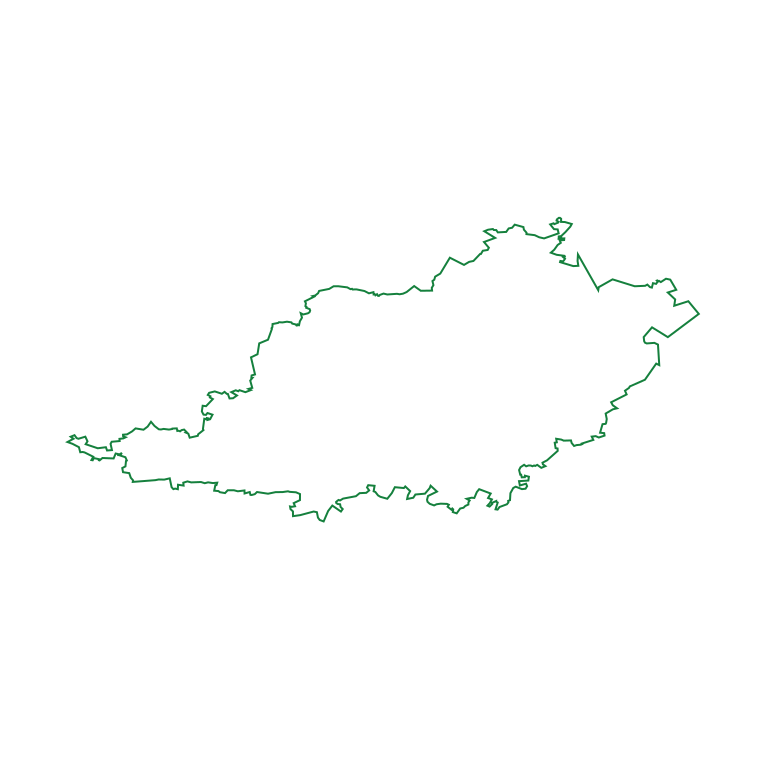 San Carlos, Córdoba, Colombia (Equal Earth projection), rotated 82°
{"feature_id": "7082276B45851614752586", "entity_name": "San Carlos", "entity_type": "district", "adm_level": 2, "iso_a3": "COL", "parent_name": "Colombia", "parent_adm1": "Córdoba", "projection": "equal_earth", "projection_center": [-75.703, 8.685], "detail": "fine", "context": "isolated", "style": "outline", "palette": "green", "viewbox_px": 768, "rotation_deg": 82, "n_neighbors": 0, "source": "geoboundaries", "source_scale": "gbopen_adm2", "svg_char_len": 6150}
<svg xmlns="http://www.w3.org/2000/svg" viewBox="0 0 768 768"><g transform="rotate(82 384 384)"><path d="M409.3,694.3L409.4,691.8L410.1,690.0L415.6,682.0L418.6,684.3L419.0,683.1L417.0,681.6L418.9,676.4L419.8,676.9L420.1,676.3L418.1,673.1L420.1,662.1L415.5,659.4L416.3,657.2L418.2,657.2L417.3,656.9L415.8,653.2L418.1,655.2L420.5,650.3L424.0,649.3L424.3,650.2L429.6,651.5L430.8,654.9L435.0,654.7L436.8,648.7L441.6,647.8L444.5,645.9L446.0,646.4L447.4,623.8L447.2,620.4L448.1,614.9L447.6,609.3L456.6,608.7L458.8,607.2L458.5,605.4L459.5,602.8L455.1,602.0L456.7,596.6L453.8,596.5L453.1,592.2L454.6,588.6L455.6,578.9L457.3,575.3L456.9,571.9L458.3,567.2L458.5,562.9L460.8,564.0L460.7,565.1L466.0,567.0L467.0,562.8L468.3,561.6L469.9,556.6L467.5,553.6L468.3,547.5L469.9,543.7L470.0,537.0L473.0,537.3L472.3,532.0L475.2,531.7L475.5,530.5L475.1,527.3L473.3,524.8L476.5,514.1L476.0,506.4L476.9,499.5L476.9,494.0L477.7,492.3L479.0,486.2L481.3,482.5L487.3,483.4L489.4,490.0L492.7,489.1L492.8,492.4L492.2,494.1L494.9,494.0L497.5,491.9L502.2,492.5L502.2,485.3L500.5,471.4L501.6,468.3L507.1,468.0L509.7,466.6L511.7,462.9L502.0,457.0L497.2,452.1L504.3,444.4L502.1,442.3L499.7,444.1L497.0,444.2L496.4,446.5L495.3,447.8L494.2,447.9L493.1,446.3L492.5,445.1L493.2,443.7L491.8,440.5L491.2,427.4L488.7,423.3L489.3,416.7L487.3,413.5L484.1,415.2L482.0,413.7L483.5,407.5L488.8,409.2L489.7,407.6L493.5,405.4L495.2,403.3L498.1,396.7L493.1,391.4L487.7,387.6L489.8,378.8L488.4,377.2L493.7,373.0L497.5,375.8L501.1,377.1L500.7,370.8L497.8,368.3L498.3,358.7L493.5,353.3L491.2,352.0L497.9,346.5L501.0,356.0L504.6,357.5L506.7,357.3L509.0,355.4L511.2,351.3L510.4,348.7L510.4,344.5L511.5,338.3L512.6,336.6L514.4,338.1L517.9,334.7L516.8,333.7L517.8,332.9L520.4,333.7L522.2,330.0L517.9,325.9L517.6,322.5L516.1,320.5L515.1,317.2L513.0,316.9L511.3,315.4L509.2,318.1L508.8,313.1L509.4,310.4L503.9,307.1L501.4,304.4L507.3,293.6L511.4,296.8L513.3,293.2L516.7,295.8L518.9,298.5L520.1,296.5L517.9,293.5L516.8,293.7L515.5,289.2L516.1,289.3L517.2,287.9L523.6,291.0L524.2,289.0L521.9,286.7L520.2,279.0L518.6,277.3L517.0,277.3L516.6,275.4L509.7,274.0L505.0,270.5L504.0,267.9L507.3,262.0L507.4,258.4L505.1,256.5L502.5,257.2L503.4,263.6L499.0,263.8L499.7,254.5L496.0,253.4L494.4,257.2L495.9,257.5L495.6,260.6L492.9,260.8L492.8,261.7L488.0,262.2L485.4,260.4L483.5,256.5L485.3,254.7L484.8,252.1L485.2,249.9L486.1,248.5L485.6,246.7L486.2,245.7L485.4,243.5L488.9,239.9L487.8,235.6L485.7,237.8L484.0,238.0L482.3,233.2L474.4,221.3L472.0,221.1L471.4,223.0L465.9,223.1L465.8,221.0L462.2,221.1L463.7,216.2L465.1,213.9L465.9,206.7L468.5,206.4L471.8,204.4L471.3,201.8L471.5,197.6L471.1,196.1L470.5,196.4L468.5,184.5L465.0,185.6L465.1,181.6L466.9,178.7L465.8,172.8L463.3,172.8L462.3,176.8L454.2,173.2L454.3,170.1L453.5,169.5L449.7,168.3L444.1,168.6L440.9,160.8L440.5,156.6L436.9,160.4L433.7,161.6L428.1,145.2L424.2,146.3L422.0,142.0L420.6,140.9L416.1,125.0L401.7,111.6L403.6,108.8L383.1,107.2L380.9,110.5L380.4,118.2L379.4,119.8L377.9,120.4L373.7,120.3L365.2,110.7L377.1,96.4L358.4,62.5L344.4,71.1L346.9,85.7L340.8,83.9L332.9,90.2L331.4,81.5L320.5,86.0L319.0,90.1L321.6,95.7L320.2,97.3L320.6,98.1L319.5,98.9L319.6,99.4L320.7,98.7L322.7,100.6L321.6,103.6L325.8,105.3L325.1,107.1L322.2,109.4L323.1,111.7L322.1,122.1L312.2,143.1L318.0,157.9L320.9,158.8L282.7,173.9L289.2,175.2L294.0,175.1L293.6,180.1L287.8,192.7L286.7,192.2L287.5,189.7L286.5,188.5L285.1,187.3L283.3,188.9L282.9,187.2L282.2,187.4L280.1,195.0L277.2,200.5L274.7,196.7L270.5,192.7L268.8,189.3L266.2,190.0L266.5,185.6L264.9,185.2L264.4,190.9L263.7,190.7L263.9,188.1L263.0,188.0L262.9,190.5L262.2,190.4L262.2,188.0L258.8,183.2L254.1,177.6L251.7,175.8L248.8,182.3L248.1,186.1L245.0,185.6L244.0,186.6L243.8,187.7L245.1,189.9L246.2,190.4L247.7,188.5L248.4,189.1L249.4,193.1L248.5,193.7L249.1,197.2L254.3,194.1L255.1,190.5L259.1,190.1L262.1,205.2L260.3,209.9L257.6,214.0L255.4,222.1L254.0,221.8L250.6,224.0L248.0,224.1L244.4,232.4L247.1,235.4L247.3,238.9L250.4,241.8L249.7,250.2L247.2,251.4L246.8,253.8L245.7,254.6L245.7,259.5L246.7,263.4L254.8,253.6L257.3,265.2L263.7,261.2L265.7,262.7L265.8,267.6L268.7,269.9L268.6,270.7L274.6,278.3L274.9,282.7L277.2,288.2L268.1,301.2L282.5,312.9L284.8,318.4L287.7,319.7L288.8,321.7L293.0,321.3L295.4,323.3L298.2,323.4L296.8,334.6L291.2,340.5L296.1,348.8L297.2,352.6L297.3,356.1L296.5,358.6L295.8,368.3L294.4,371.9L295.2,375.7L296.1,376.8L295.8,377.7L294.1,378.4L295.0,380.2L293.6,380.8L293.8,381.8L291.6,381.7L292.1,386.3L289.2,390.4L286.5,398.0L286.0,402.0L285.3,402.4L285.4,404.0L283.2,406.9L280.8,415.8L280.2,420.3L282.2,425.0L282.8,435.3L284.9,436.6L286.8,439.8L287.0,442.2L287.8,441.1L291.1,450.8L293.2,450.1L296.0,451.0L297.0,450.0L297.7,450.4L299.5,447.2L301.0,446.9L302.6,447.8L303.4,449.5L303.9,454.3L302.3,456.6L306.9,456.0L310.2,458.6L313.8,459.9L312.8,461.5L313.1,462.1L313.9,461.8L313.9,462.5L312.7,463.2L311.4,466.5L310.1,467.1L308.8,471.4L308.9,476.0L308.2,479.4L308.8,480.4L309.1,486.0L312.1,486.6L313.1,487.6L313.8,487.3L324.0,492.7L326.4,501.9L336.9,505.1L339.1,512.0L356.6,510.4L357.1,513.9L359.8,514.6L359.8,513.6L362.0,516.0L369.5,515.0L370.0,518.8L371.5,516.7L372.8,522.4L370.0,528.0L370.9,529.3L369.6,531.7L370.8,536.3L374.9,531.2L377.1,535.5L376.8,539.0L372.1,540.0L371.9,541.0L369.6,543.0L371.1,545.9L367.8,552.6L368.4,558.4L370.3,560.0L372.0,557.6L373.1,558.3L375.1,555.6L381.2,563.3L380.3,566.6L385.8,568.2L389.2,567.0L389.8,564.6L388.2,562.9L390.5,558.1L394.7,561.1L395.0,563.4L393.6,562.8L393.0,564.3L394.2,565.1L393.4,566.8L403.5,569.6L404.5,569.2L407.9,575.0L409.4,575.6L410.1,583.9L405.9,584.7L404.4,587.2L404.0,586.3L401.3,588.3L401.5,590.9L402.5,592.5L401.6,594.2L401.7,595.2L399.1,595.4L398.7,599.8L399.1,600.0L399.2,603.3L397.8,608.5L398.0,611.2L397.5,613.3L393.6,617.1L389.0,620.0L393.3,624.0L395.8,628.5L393.4,636.2L395.9,640.1L398.1,645.4L397.9,649.5L399.5,649.6L400.8,647.3L401.6,649.8L401.5,653.6L403.7,653.7L403.3,661.7L405.2,663.1L411.6,662.6L411.3,667.5L407.9,668.2L407.8,676.4L402.1,687.8L399.5,685.6L394.6,687.1L395.7,694.2L394.8,695.9L391.6,697.6L392.6,701.6L395.0,699.1L397.4,705.5L399.9,700.8L404.1,694.9L409.3,694.3Z" fill="none" stroke="#15803d" stroke-width="2"/></g></svg>